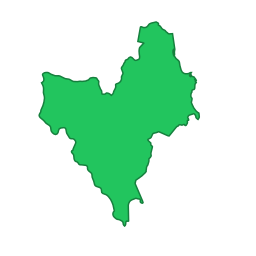 an SVG outline of Anzoátegui, rotated 71°
{"feature_id": "VEN-40", "entity_name": "Anzoátegui", "entity_type": "State", "adm_level": 1, "iso_a3": "VEN", "parent_name": "Venezuela", "parent_adm1": "", "projection": "orthographic", "projection_center": [-64.438, 8.961], "detail": "fine", "context": "isolated", "style": "filled", "palette": "green", "viewbox_px": 256, "rotation_deg": 71, "n_neighbors": 0, "source": "natural_earth", "source_scale": "10m", "svg_char_len": 5756}
<svg xmlns="http://www.w3.org/2000/svg" viewBox="0 0 256 256"><g transform="rotate(71 128 128)"><path d="M53.3,55.2L68.8,58.1L71.3,59.4L73.5,60.0L74.2,60.3L74.2,60.7L69.6,59.2L68.4,58.9L68.9,59.8L70.0,60.5L71.3,60.9L74.0,61.2L74.6,61.1L75.2,60.9L76.2,60.4L78.0,60.0L80.2,58.6L81.3,58.1L82.5,58.0L85.8,58.6L90.3,58.9L92.6,58.6L94.3,57.6L95.0,56.7L95.5,55.8L96.2,53.5L96.2,52.6L95.9,51.0L96.2,50.1L96.7,50.7L97.3,51.0L97.9,51.1L98.7,51.0L98.2,51.6L98.0,51.8L97.4,51.9L98.1,52.7L99.2,52.6L99.8,52.0L99.1,51.4L99.8,50.9L101.4,48.9L102.3,48.7L104.0,48.1L104.9,48.0L104.8,48.5L104.5,48.9L105.4,48.7L105.7,48.5L106.2,49.2L106.5,49.1L106.9,48.7L107.1,48.6L107.9,49.6L108.4,50.4L109.5,50.9L112.0,51.9L112.6,52.3L113.0,52.9L113.0,53.3L113.0,54.5L113.2,55.1L113.5,55.4L113.9,55.6L114.5,55.7L115.0,56.0L115.2,56.3L115.4,56.6L116.2,57.3L118.0,58.1L118.6,58.3L119.4,58.2L120.6,57.9L121.1,57.9L121.6,58.1L123.4,59.1L123.8,59.5L124.6,59.8L126.6,59.7L130.3,59.3L133.8,58.2L136.0,57.0L136.8,56.2L137.3,56.2L138.0,56.3L140.8,57.0L141.5,57.5L142.7,59.0L142.2,59.4L140.6,60.2L140.3,60.3L138.8,60.1L137.3,60.3L136.7,60.5L136.2,60.8L136.0,61.0L135.9,61.3L135.8,66.0L136.0,66.5L136.3,67.1L137.0,67.8L137.5,68.1L137.9,68.1L139.2,67.9L139.7,67.9L140.3,68.1L140.4,68.3L140.1,69.0L140.2,69.3L140.6,69.6L142.1,70.0L142.7,70.3L142.9,70.5L144.1,71.8L144.3,72.1L144.4,72.5L144.3,73.0L144.0,73.3L143.1,73.6L142.9,73.9L142.8,74.3L142.9,75.6L142.8,76.1L142.7,76.4L141.8,77.7L141.7,78.4L141.7,78.7L142.5,80.1L142.5,80.8L142.5,81.2L143.1,82.4L148.9,91.7L148.6,92.3L148.3,92.8L141.6,100.0L141.5,100.3L141.6,102.6L141.3,105.7L141.5,106.3L142.1,107.0L144.5,109.3L144.8,110.1L145.2,112.7L145.3,112.9L145.6,113.1L146.0,113.1L146.6,112.9L148.6,111.9L149.4,111.4L149.7,111.4L150.9,111.8L151.4,111.8L151.7,111.8L152.0,111.6L152.8,111.2L153.5,111.0L154.2,111.3L159.0,114.4L160.0,114.8L161.2,115.0L161.9,115.2L162.6,115.9L163.2,116.7L163.8,118.0L164.1,118.3L165.5,118.8L166.6,119.3L169.4,121.3L169.7,121.7L170.2,122.4L170.7,122.9L171.6,123.5L173.2,124.2L174.0,124.7L175.0,125.0L175.8,126.1L177.8,130.5L179.9,137.5L180.2,137.8L181.3,138.4L181.7,138.6L182.1,139.1L182.8,139.3L184.0,139.3L201.9,138.0L203.5,138.1L203.8,138.8L203.5,139.4L203.1,139.8L202.6,140.2L202.0,140.4L201.7,140.4L200.1,139.8L199.8,139.8L199.2,140.0L198.9,140.2L198.4,141.4L197.1,143.3L197.0,143.6L197.2,148.0L197.5,149.1L198.0,150.3L199.2,151.6L200.3,152.4L201.2,152.9L216.1,157.7L216.2,158.0L216.2,158.3L215.8,159.1L215.7,159.5L215.7,159.9L215.9,160.3L216.2,160.6L218.5,161.7L219.1,162.2L219.6,163.1L218.9,163.5L218.3,163.7L217.5,163.8L216.0,163.5L215.2,163.5L214.4,163.8L213.6,164.4L212.2,165.7L211.7,166.3L211.0,167.6L210.5,168.3L209.9,168.8L207.9,170.0L206.2,170.5L204.4,170.3L202.9,169.4L201.9,167.9L195.9,167.2L192.9,167.3L189.9,167.7L186.8,168.7L185.3,169.4L184.0,170.3L181.7,173.1L180.4,173.8L177.3,173.2L176.2,173.3L175.3,173.9L174.5,174.8L173.3,176.4L172.6,177.2L171.7,177.8L170.6,178.0L167.2,177.7L163.2,177.9L162.0,177.7L160.9,177.4L159.9,177.2L159.0,177.3L157.9,177.8L156.2,178.9L155.3,179.3L154.3,179.6L153.2,179.5L152.1,179.1L151.2,179.0L150.1,179.4L149.5,180.2L147.7,183.9L147.2,185.3L146.7,185.9L146.0,186.3L144.5,186.6L143.8,187.0L143.3,187.4L142.6,188.3L142.1,188.7L141.5,188.9L140.9,189.0L139.6,189.0L137.0,188.4L135.7,188.2L134.3,188.6L133.2,189.1L132.1,189.2L131.3,188.6L131.0,187.3L130.3,186.9L129.6,186.4L125.6,182.7L124.5,182.0L123.5,181.9L122.5,182.1L121.5,182.5L120.7,183.0L120.2,183.7L119.6,185.3L119.1,186.0L118.3,186.5L113.3,187.6L112.3,187.6L108.9,187.1L107.9,187.3L107.0,188.0L106.7,188.8L106.1,191.7L106.5,193.4L107.7,194.5L109.2,195.4L110.4,196.7L110.6,198.5L109.6,199.9L107.9,201.0L106.2,201.5L105.1,201.5L102.0,200.9L100.9,201.1L100.0,201.5L96.9,203.9L93.4,205.3L89.8,207.5L88.7,207.9L87.5,208.0L86.6,207.6L85.8,206.9L84.4,205.3L82.8,204.5L79.1,201.1L75.9,198.9L72.5,197.2L70.7,196.8L67.1,196.5L63.6,195.1L61.9,194.7L60.2,194.6L57.1,195.0L57.0,194.4L56.5,193.2L56.3,192.8L55.9,192.4L55.2,191.9L53.8,191.5L52.2,191.4L50.3,191.5L49.9,191.5L49.4,191.2L49.2,191.0L48.9,190.4L48.6,189.0L48.7,188.2L48.8,187.5L49.1,186.5L49.6,185.5L50.5,184.6L51.4,183.9L51.9,183.5L54.8,180.0L55.6,178.0L55.9,176.9L56.6,175.6L60.5,171.7L61.1,170.9L62.6,168.0L63.0,167.5L65.7,165.1L66.3,164.3L67.7,160.7L68.1,158.4L68.3,157.8L69.0,156.3L69.8,152.8L69.8,152.0L69.7,151.3L69.7,149.8L69.6,149.5L68.7,147.9L68.5,147.3L68.9,144.6L70.1,142.1L70.5,141.6L70.9,141.4L72.5,141.1L73.7,140.6L74.1,140.5L74.5,140.5L76.4,141.3L77.0,141.5L78.4,141.6L82.7,141.3L83.6,141.0L84.3,140.9L85.5,141.1L86.5,141.4L87.2,141.5L87.5,141.3L87.8,140.8L88.3,139.5L88.4,138.8L88.4,138.3L87.9,137.1L88.0,136.6L88.3,136.1L89.0,135.0L90.0,134.1L91.7,133.1L90.8,131.2L90.5,130.8L90.2,130.5L88.9,129.7L88.2,129.0L87.0,127.7L85.9,126.7L85.1,126.2L83.0,125.6L82.7,125.3L82.6,125.0L82.5,124.4L82.5,122.6L82.3,121.7L81.8,120.4L81.5,120.0L81.2,119.5L80.3,118.7L79.4,118.1L77.7,117.6L77.2,117.3L75.5,115.6L75.1,115.2L74.5,114.9L73.8,114.8L69.9,114.9L69.5,114.8L69.0,114.6L68.4,114.0L67.3,112.4L66.5,111.6L65.6,110.8L65.0,110.1L64.6,109.4L64.2,109.1L63.5,108.7L63.3,108.5L63.1,108.2L63.0,107.7L62.9,106.0L62.8,105.7L62.0,104.5L61.8,103.9L61.7,103.1L61.7,102.4L62.7,101.3L65.7,99.8L66.2,99.4L66.5,98.9L66.7,98.2L66.7,97.8L66.6,95.7L66.2,94.8L65.8,94.4L65.1,94.1L64.1,93.7L61.9,93.3L58.9,92.5L57.7,92.0L56.6,91.4L56.1,91.1L55.5,90.4L52.9,85.5L52.5,85.8L52.2,86.2L49.4,90.5L37.0,83.6L36.6,83.3L36.5,83.1L36.5,82.7L36.7,82.3L38.1,80.6L38.4,79.8L38.7,77.9L38.1,76.3L36.8,74.4L36.5,73.4L36.4,71.8L36.9,66.9L38.5,65.4L38.8,65.3L39.2,65.2L39.6,65.3L40.2,65.7L40.4,65.8L40.7,65.7L41.4,65.0L41.9,64.6L42.5,64.3L44.2,63.8L45.0,63.6L45.9,63.1L47.5,61.5L48.1,61.1L49.5,60.6L51.0,59.6L51.9,59.2L52.5,58.2L53.3,55.2Z" fill="#22c55e" stroke="#15803d" stroke-width="1.5"/></g></svg>